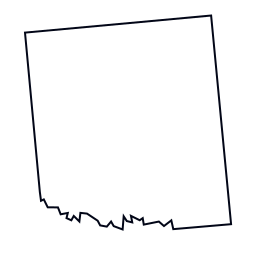 the district of Knox, Texas, United States of America, rotated 175°
{"feature_id": "52423323B61031799743155", "entity_name": "Knox", "entity_type": "district", "adm_level": 2, "iso_a3": "USA", "parent_name": "United States of America", "parent_adm1": "Texas", "projection": "equal_earth", "projection_center": [-99.668, 33.617], "detail": "fine", "context": "isolated", "style": "outline", "palette": "ink", "viewbox_px": 256, "rotation_deg": 175, "n_neighbors": 0, "source": "geoboundaries", "source_scale": "gbopen_adm2", "svg_char_len": 538}
<svg xmlns="http://www.w3.org/2000/svg" viewBox="0 0 256 256"><g transform="rotate(175 128 128)"><path d="M35.4,232.8L222.3,232.0L221.4,71.9L221.0,63.1L218.1,64.2L214.9,56.0L204.7,55.0L202.6,47.9L195.4,48.6L197.1,43.6L192.5,41.0L189.7,45.1L184.6,39.1L182.8,47.6L176.3,46.3L166.3,38.3L164.2,33.4L157.7,31.6L153.0,36.3L150.8,31.5L142.2,27.4L140.0,40.4L137.3,35.4L132.0,33.6L132.7,40.2L124.4,35.1L121.2,36.9L120.7,30.4L105.4,32.1L100.7,27.2L92.9,32.2L91.7,23.3L33.7,23.2L35.4,232.8Z" fill="none" stroke="#020617" stroke-width="2"/></g></svg>